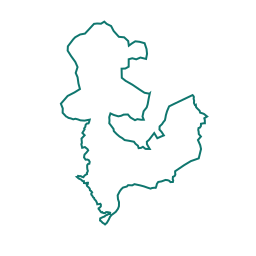 Steni, Paphos, Cyprus (orthographic projection), rotated 12°
{"feature_id": "46923920B12121468549379", "entity_name": "Steni", "entity_type": "district", "adm_level": 2, "iso_a3": "CYP", "parent_name": "Cyprus", "parent_adm1": "Paphos", "projection": "orthographic", "projection_center": [32.467, 35.005], "detail": "fine", "context": "isolated", "style": "outline", "palette": "teal", "viewbox_px": 256, "rotation_deg": 12, "n_neighbors": 0, "source": "geoboundaries", "source_scale": "gbopen_adm2", "svg_char_len": 3563}
<svg xmlns="http://www.w3.org/2000/svg" viewBox="0 0 256 256"><g transform="rotate(12 128 128)"><path d="M184.3,82.4L168.0,94.9L163.7,98.3L162.7,103.5L162.4,107.6L162.5,110.0L162.5,112.7L161.4,114.8L160.5,117.1L158.6,119.9L159.1,123.0L161.7,124.9L164.6,127.8L162.5,129.2L158.8,131.9L154.7,127.5L151.0,135.3L149.3,137.5L149.9,139.9L153.6,144.0L149.4,144.8L146.5,143.3L144.9,144.7L142.6,145.5L141.4,143.3L138.6,141.9L136.7,140.2L131.6,140.3L127.2,140.5L124.5,139.1L121.5,138.1L118.2,136.3L114.8,134.0L114.0,131.9L110.7,129.0L108.7,127.3L108.3,124.4L107.4,121.3L107.8,117.4L111.4,118.2L116.1,118.6L118.7,117.5L121.0,115.8L125.1,114.8L128.2,117.2L133.2,118.9L135.3,117.4L139.1,117.2L141.7,116.6L139.8,113.8L139.8,108.4L142.0,104.0L142.3,100.7L142.1,94.4L142.1,89.6L141.8,90.0L136.8,90.1L131.8,88.2L123.2,84.7L115.9,82.4L111.5,80.2L109.4,71.3L113.0,70.4L115.9,67.9L114.4,60.6L117.7,58.9L121.8,59.1L125.5,56.5L131.3,56.7L131.2,51.5L129.7,46.9L126.6,41.6L121.3,41.3L117.1,41.7L114.4,44.3L111.7,47.3L110.1,42.9L105.4,40.1L100.1,40.7L93.8,36.1L90.3,31.8L85.5,30.6L82.7,28.9L79.9,31.6L76.1,32.2L73.1,33.2L66.3,44.6L61.7,46.5L57.5,50.2L56.0,52.6L52.2,60.6L52.9,64.9L57.3,69.4L62.7,74.3L66.0,78.9L65.4,85.0L68.1,88.8L70.3,94.8L72.9,99.9L68.3,104.3L62.3,109.2L57.3,118.2L60.1,122.4L60.9,126.7L65.5,129.9L65.4,129.9L66.2,129.9L67.8,130.5L70.0,130.5L72.6,130.9L74.6,129.9L77.1,130.0L79.9,130.4L82.7,130.0L84.0,129.8L88.8,127.8L88.7,130.2L88.4,131.7L86.8,132.2L85.9,133.7L86.0,135.7L85.2,137.5L85.8,138.3L84.4,142.3L87.1,144.1L84.7,148.0L85.5,150.5L86.0,152.3L85.7,153.5L87.3,156.9L89.8,155.6L92.8,157.1L93.7,158.2L92.4,160.8L91.0,163.0L91.0,164.4L91.1,165.9L93.1,167.8L94.9,167.3L96.3,167.6L97.6,169.1L97.6,171.0L96.5,171.4L95.8,172.8L96.3,175.2L96.9,177.0L97.6,178.1L97.6,179.1L97.1,180.3L97.5,181.6L96.1,182.7L95.1,184.1L94.6,185.4L93.1,185.3L91.8,184.9L90.7,185.2L89.1,185.2L88.8,186.2L88.2,186.5L90.4,187.7L92.7,188.2L93.8,188.8L94.4,189.3L95.1,189.4L95.9,189.2L96.4,191.0L98.1,190.8L99.5,190.0L100.2,189.9L100.3,191.3L99.5,192.3L100.1,193.3L102.1,194.4L103.2,195.3L103.7,196.8L104.9,197.3L105.1,197.4L106.3,198.4L105.7,199.8L106.0,200.8L107.0,201.5L108.0,202.7L108.7,203.3L109.3,203.4L110.1,204.8L111.2,205.4L112.1,206.2L113.4,208.0L113.8,209.0L115.3,208.5L116.7,207.9L117.4,208.6L117.7,210.3L117.1,211.5L115.9,212.7L116.0,213.2L117.5,214.4L118.6,215.5L119.5,216.1L120.3,215.6L121.1,216.2L121.9,216.3L123.4,215.8L124.0,214.9L125.1,214.6L127.1,214.5L128.1,214.6L128.1,215.9L126.9,216.2L125.5,217.4L124.1,218.3L123.5,219.4L121.9,220.4L119.6,222.2L119.9,224.3L121.2,224.8L122.9,226.0L124.5,226.5L125.6,227.1L127.0,225.2L128.2,221.7L128.9,218.6L130.0,216.5L132.0,214.3L133.5,212.5L135.0,209.1L135.4,206.4L134.6,202.4L133.0,199.7L131.9,196.0L133.1,191.6L134.2,189.2L135.5,187.3L139.0,185.5L140.0,183.9L144.1,183.2L146.0,181.6L149.2,181.6L151.8,181.6L155.7,181.8L159.6,182.3L162.7,182.6L164.0,181.7L166.4,180.9L167.5,180.8L167.8,179.4L167.9,176.6L168.8,174.5L171.8,173.3L175.5,171.0L177.8,170.8L179.4,171.1L180.8,172.1L182.1,171.7L183.1,171.5L183.1,169.8L182.4,168.8L182.1,166.4L183.5,165.4L184.0,163.8L183.4,161.9L183.1,160.5L190.7,152.6L196.4,147.3L203.5,143.0L203.8,133.4L202.2,129.8L198.9,125.2L201.1,121.2L198.5,119.2L197.9,117.0L197.1,115.3L197.0,113.4L198.3,112.6L198.9,111.0L198.5,108.7L200.9,107.7L202.2,107.4L201.5,104.3L200.6,102.6L203.0,100.3L199.5,98.5L198.0,98.2L195.4,98.0L194.4,96.2L192.0,94.7L190.3,93.5L189.7,91.8L189.6,92.0L188.8,91.8L187.3,89.8L187.0,87.5L186.1,85.7L186.0,84.0L185.1,82.9L184.3,82.4Z" fill="none" stroke="#0f766e" stroke-width="2"/></g></svg>